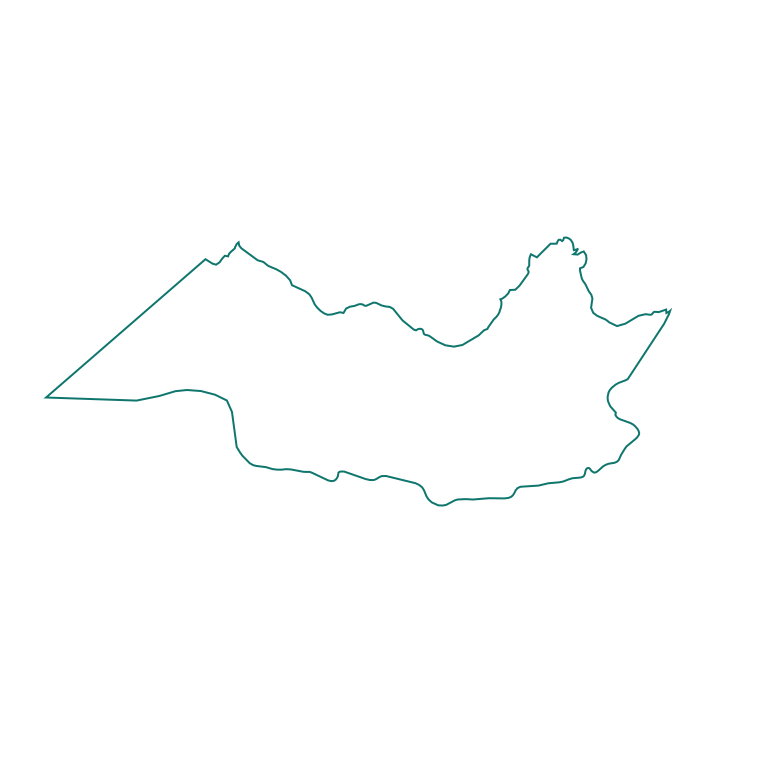 an SVG outline of Northern, rotated 319°
{"feature_id": "PNG-1256", "entity_name": "Northern", "entity_type": "Province", "adm_level": 1, "iso_a3": "PNG", "parent_name": "Papua New Guinea", "parent_adm1": "", "projection": "albers", "projection_center": [148.587, -8.98], "detail": "fine", "context": "isolated", "style": "outline", "palette": "teal", "viewbox_px": 768, "rotation_deg": 319, "n_neighbors": 0, "source": "natural_earth", "source_scale": "10m", "svg_char_len": 3550}
<svg xmlns="http://www.w3.org/2000/svg" viewBox="0 0 768 768"><g transform="rotate(319 384 384)"><path d="M331.1,172.7L333.6,180.8L335.6,183.8L339.8,184.3L344.2,183.2L348.0,182.8L350.1,185.4L352.4,184.1L354.9,183.8L360.3,183.8L361.5,183.0L364.8,181.7L367.2,181.7L365.5,184.6L365.4,188.1L369.8,207.7L373.0,212.7L374.1,218.9L378.0,226.8L379.8,231.8L381.1,237.9L381.2,244.1L379.4,249.1L385.4,262.3L386.5,267.2L386.1,271.0L383.9,278.7L383.7,282.8L384.1,287.4L385.2,291.6L386.9,294.8L390.3,297.3L397.9,301.0L400.0,303.8L405.0,302.2L409.2,303.4L412.7,305.6L415.5,306.7L417.1,307.2L418.7,308.3L420.1,310.0L420.6,311.9L421.8,313.3L429.5,315.7L431.3,317.6L433.7,323.1L435.9,326.3L438.9,329.6L440.2,333.2L439.7,348.2L442.2,362.6L443.4,364.5L445.3,364.8L447.1,365.7L448.3,366.9L448.7,368.2L448.4,369.6L447.3,371.6L447.0,372.7L447.4,373.9L449.3,376.5L449.9,378.0L451.9,386.6L455.6,394.9L461.3,401.7L468.8,406.0L487.4,409.4L494.9,409.1L498.1,410.3L500.1,409.5L509.1,407.3L512.6,407.1L515.4,406.6L517.8,405.7L522.2,403.1L524.6,401.2L526.6,398.9L527.4,396.4L529.0,397.1L532.9,397.5L537.3,397.1L540.6,395.7L545.0,399.0L550.8,398.7L564.5,395.5L565.7,395.0L566.7,394.3L567.0,393.6L567.5,391.5L568.6,390.7L570.1,390.4L571.4,389.8L574.8,385.9L577.0,384.0L580.0,382.5L582.5,388.7L601.7,387.4L606.4,391.4L608.6,390.2L610.4,389.8L611.7,390.7L612.2,393.0L613.7,393.0L615.7,391.7L617.6,392.9L619.0,395.4L619.5,398.0L619.0,401.0L617.8,403.5L615.1,407.5L616.2,408.1L617.1,408.6L618.0,409.0L619.4,409.1L616.0,410.3L614.3,410.5L612.2,410.4L615.1,413.4L619.0,414.0L621.7,415.0L621.0,419.4L618.7,422.7L615.2,425.3L611.3,426.5L607.8,425.3L606.1,427.4L602.6,433.9L601.9,436.5L601.4,441.1L599.4,448.3L599.0,452.7L597.3,456.3L590.3,462.3L588.6,467.5L589.6,472.4L593.6,480.8L594.5,485.4L597.9,493.2L605.7,496.8L620.8,499.5L626.5,502.5L627.8,503.5L630.0,506.1L631.0,506.9L632.0,507.1L634.4,506.7L635.4,506.9L638.1,509.5L638.3,509.9L645.7,512.9L643.7,515.7L647.0,516.5L647.9,516.5L645.2,518.1L635.0,522.3L571.3,540.2L569.4,539.9L561.8,537.1L558.3,536.4L553.2,536.3L550.3,536.8L548.1,537.6L544.5,540.3L543.2,541.8L542.2,543.2L541.4,545.0L540.3,548.6L540.1,550.2L540.2,557.7L538.4,559.1L538.1,560.5L538.0,562.2L538.4,564.0L539.2,565.9L544.4,575.2L545.4,577.9L545.8,580.3L545.8,584.4L545.3,586.6L544.3,588.6L543.1,589.5L540.9,590.2L538.3,590.5L526.3,590.2L523.5,590.8L516.5,593.0L511.3,595.4L508.9,595.5L506.3,594.7L501.3,591.6L498.5,590.5L495.4,589.9L488.9,590.0L486.3,589.8L484.5,588.8L483.7,586.5L483.6,584.7L483.8,583.1L483.6,582.0L482.9,581.2L481.4,580.8L480.1,581.2L478.6,582.1L476.7,583.6L475.2,584.3L474.1,584.6L473.0,584.4L472.0,584.0L470.9,583.5L464.3,578.7L461.2,577.3L455.4,575.2L452.1,573.4L443.0,566.8L433.9,562.0L419.6,551.1L416.6,550.2L413.7,550.6L410.9,551.8L408.6,552.5L406.1,552.6L403.3,551.7L399.9,549.4L388.2,539.0L375.3,529.5L370.4,524.7L363.7,519.4L360.9,518.2L351.5,516.0L348.4,514.1L345.3,511.1L342.4,504.7L341.9,500.4L342.4,496.6L344.5,490.3L345.0,487.1L344.3,483.2L342.6,479.4L325.2,454.8L322.0,452.1L319.7,451.3L315.6,450.6L313.8,450.0L312.2,448.9L310.2,447.0L307.8,443.7L296.4,423.8L293.8,421.6L292.4,421.0L291.2,421.2L288.9,423.2L287.2,424.0L285.1,424.5L282.8,424.3L280.6,422.8L278.6,420.1L271.2,403.2L269.9,401.2L268.0,399.7L265.5,397.3L257.6,387.3L254.2,384.0L250.4,381.4L247.4,378.8L244.0,375.0L240.3,369.2L233.8,362.0L231.9,359.2L230.7,355.5L230.1,345.4L230.4,341.4L231.5,334.9L250.9,305.4L254.6,293.4L249.5,281.3L241.3,269.3L231.4,259.3L221.9,252.6L206.5,245.6L186.4,234.2L120.1,172.5L331.1,172.7Z" fill="none" stroke="#0f766e" stroke-width="2"/></g></svg>